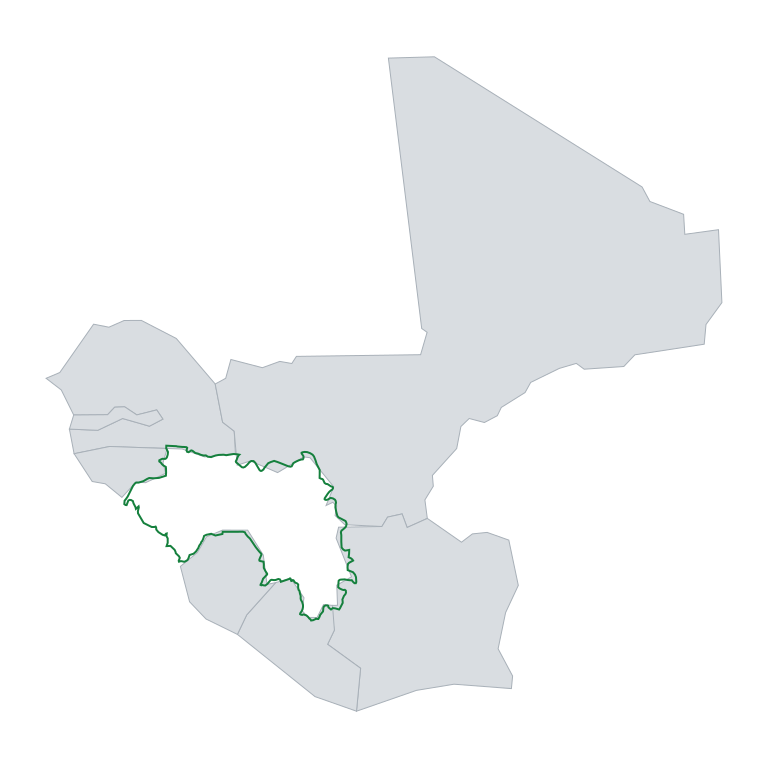 Guinea and the surrounding countries
{"feature_id": "GIN", "entity_name": "Guinea", "entity_type": "country or territory", "adm_level": 0, "iso_a3": "GIN", "parent_name": "Africa", "parent_adm1": "", "projection": "albers", "projection_center": [-10.714, 9.945], "detail": "fine", "context": "with_neighbors", "style": "outline", "palette": "green", "viewbox_px": 768, "rotation_deg": 0, "n_neighbors": 7, "source": "natural_earth", "source_scale": "50m", "svg_char_len": 6675}
<svg xmlns="http://www.w3.org/2000/svg" viewBox="0 0 768 768"><path d="M73.7,415.0L61.3,390.0L46.1,378.3L59.8,372.5L93.6,324.2L108.9,327.2L124.1,320.5L141.3,320.4L176.3,338.5L215.2,384.0L222.6,422.2L234.2,431.2L235.4,453.5L204.6,456.9L182.2,449.0L109.5,446.5L74.1,453.7L69.4,429.1L97.8,430.3L122.6,418.5L149.4,426.2L162.9,419.1L156.7,409.9L136.8,414.9L124.6,406.8L114.7,407.2L107.6,414.7L73.7,415.0Z" fill="#d9dde1" stroke="#a8b0b8" stroke-width="1"/><path d="M237.2,465.2L234.2,431.2L222.6,422.2L215.2,384.0L225.7,378.3L230.9,359.5L262.4,367.7L279.8,361.4L291.8,363.5L296.4,356.4L420.6,354.7L427.1,332.3L421.7,328.5L388.4,58.1L434.4,56.8L642.1,187.0L649.9,201.5L683.6,214.3L684.8,234.3L718.5,229.7L721.9,302.6L706.0,324.5L704.2,344.2L634.9,354.8L623.8,366.5L584.2,369.2L576.3,363.4L559.3,368.4L530.7,382.4L525.1,392.5L501.3,407.4L497.3,415.7L484.4,422.5L469.2,418.5L460.9,426.5L456.7,448.5L432.4,475.4L433.3,486.2L424.9,499.9L427.3,518.4L407.1,527.5L402.1,513.9L387.6,517.1L381.9,526.5L344.8,524.7L335.1,515.5L336.7,506.0L332.8,502.3L326.1,505.5L333.7,486.8L310.0,457.7L303.7,456.9L277.6,472.6L250.3,460.9L237.2,465.2Z" fill="#d9dde1" stroke="#a8b0b8" stroke-width="1"/><path d="M338.6,527.2L381.9,526.5L387.6,517.1L402.1,513.9L407.1,527.5L427.3,518.4L461.5,542.2L472.4,533.9L487.1,532.4L508.8,540.1L518.3,585.4L505.6,612.6L498.1,648.8L512.6,676.0L511.4,688.6L454.0,684.2L416.3,690.4L356.5,711.2L360.6,668.3L327.6,644.3L334.4,630.1L331.1,614.7L332.5,605.4L337.5,605.3L336.8,585.2L351.5,576.8L336.1,538.1L338.6,527.2Z" fill="#d9dde1" stroke="#a8b0b8" stroke-width="1"/><path d="M74.1,453.7L109.5,446.5L167.2,448.5L163.0,462.7L165.6,473.3L145.5,482.7L136.0,482.0L121.9,497.4L105.3,483.8L92.2,481.5L74.1,453.7Z" fill="#d9dde1" stroke="#a8b0b8" stroke-width="1"/><path d="M332.5,605.4L334.4,630.1L327.6,644.3L360.6,668.3L356.5,711.2L315.0,696.6L237.4,634.4L246.7,614.9L275.7,582.6L290.7,578.3L304.0,597.8L302.0,610.6L308.2,617.4L317.1,617.5L323.5,604.6L332.5,605.4Z" fill="#d9dde1" stroke="#a8b0b8" stroke-width="1"/><path d="M180.4,566.4L197.4,552.5L206.5,536.8L222.5,530.1L247.7,530.2L263.3,555.1L267.0,584.4L275.7,582.6L246.7,614.9L237.4,634.4L206.0,619.0L189.6,601.8L180.4,566.4Z" fill="#d9dde1" stroke="#a8b0b8" stroke-width="1"/><path d="M73.7,415.0L107.6,414.7L114.7,407.2L124.6,406.8L136.8,414.9L156.7,409.9L162.9,419.1L149.4,426.2L122.6,418.5L97.8,430.3L69.4,429.1L73.7,415.0Z" fill="#d9dde1" stroke="#a8b0b8" stroke-width="1"/><path d="M274.0,580.1L271.6,579.8L270.5,580.2L267.3,584.0L265.3,585.5L263.9,585.4L262.3,585.0L261.3,585.3L260.5,584.9L260.8,584.0L261.6,582.8L263.1,578.7L267.1,574.5L267.1,573.6L265.5,571.2L263.8,567.9L263.8,564.3L263.5,561.7L260.0,561.0L259.4,560.6L259.3,559.7L260.2,557.4L261.2,555.3L261.4,554.4L261.1,553.6L259.0,551.3L255.7,547.1L252.6,542.5L249.9,538.5L247.8,536.6L245.7,534.0L244.9,532.3L242.8,531.7L236.6,531.8L229.1,531.8L222.7,531.8L222.4,534.0L215.4,535.5L211.2,533.8L206.4,534.8L204.1,535.9L203.4,538.3L202.3,540.9L201.3,542.0L200.9,543.2L200.3,544.2L199.3,545.5L198.3,548.0L196.0,551.5L193.6,553.7L189.6,555.0L188.3,558.7L187.4,560.1L185.8,561.1L184.2,561.8L182.6,561.4L180.9,561.1L179.0,561.7L178.7,560.8L179.8,557.9L179.0,556.3L175.8,553.2L175.5,551.7L174.6,549.8L170.5,545.9L166.6,546.1L167.7,542.8L167.7,538.4L166.4,536.0L166.7,533.5L166.0,533.7L164.7,535.4L162.6,534.8L158.4,532.1L156.3,529.6L156.1,527.4L155.6,526.6L154.3,527.0L151.7,527.0L143.7,523.0L138.0,513.3L137.9,511.2L138.8,507.4L138.6,506.4L135.9,508.9L135.5,507.2L133.5,503.3L132.9,501.1L131.0,500.0L129.5,499.9L128.3,500.6L126.6,505.1L125.5,505.0L124.3,504.1L124.6,500.7L126.0,499.0L127.7,496.5L133.0,485.9L134.9,483.5L136.1,482.6L138.5,482.6L143.3,481.2L147.2,478.9L149.2,478.0L153.7,478.3L159.0,477.9L165.9,475.7L166.1,472.6L166.0,468.5L165.8,466.9L163.4,465.5L162.0,464.2L160.8,462.6L159.3,461.5L159.3,460.3L161.2,459.3L162.4,458.8L165.2,458.9L166.2,458.3L166.9,457.3L167.7,454.7L168.0,452.0L166.2,448.3L166.3,445.7L176.4,446.2L177.4,446.5L181.9,446.9L184.7,447.0L186.5,447.2L187.2,447.8L187.0,448.8L186.5,450.3L187.1,451.8L188.6,452.2L189.5,451.7L190.3,451.0L191.2,450.4L192.5,450.8L195.3,453.0L198.0,453.6L200.8,454.8L203.5,455.5L205.9,455.4L207.8,456.7L211.1,457.1L215.5,455.5L218.9,454.9L223.7,454.7L226.2,455.2L233.6,454.0L237.2,454.3L239.3,454.7L238.4,455.6L237.5,457.4L236.6,459.8L235.8,461.3L236.1,462.3L238.5,464.3L241.9,467.2L243.3,467.5L244.9,466.9L247.4,464.6L249.4,462.2L251.3,461.0L253.6,461.1L255.3,462.8L257.5,466.6L259.5,470.0L259.8,470.3L260.6,470.9L261.6,470.9L262.6,470.1L263.4,469.6L264.3,468.0L268.2,463.2L271.1,461.9L272.1,461.6L274.1,460.9L277.5,462.0L282.4,463.9L288.3,466.3L290.4,466.7L291.7,466.3L293.4,463.1L295.6,461.8L298.8,460.3L301.3,459.5L302.8,459.4L303.3,458.6L303.6,457.2L303.3,455.9L301.6,453.5L301.6,452.7L302.5,452.3L304.6,451.9L307.2,452.1L310.2,453.2L312.6,454.7L314.0,456.5L315.5,460.3L316.7,464.1L319.7,470.0L319.7,473.7L319.6,478.0L321.0,478.7L322.4,479.1L323.1,479.7L324.6,483.0L326.0,483.9L327.6,484.1L330.7,486.2L332.7,487.0L333.0,487.7L332.9,488.5L332.1,489.7L330.9,490.4L329.2,491.9L327.7,493.8L324.7,498.3L324.6,499.2L325.3,499.8L326.5,499.9L327.9,499.5L330.6,497.9L332.9,498.4L335.0,499.7L335.7,501.0L336.0,502.7L335.5,504.9L335.4,507.4L336.2,511.6L337.3,515.8L338.4,517.3L345.5,521.0L346.2,522.4L346.6,523.9L346.1,526.1L345.4,527.3L343.3,529.2L341.5,530.6L340.9,532.2L341.3,535.1L341.3,541.7L341.6,547.5L343.2,549.5L345.0,550.6L347.1,550.3L349.2,549.9L349.1,553.4L348.6,557.2L351.1,558.4L352.4,559.5L353.1,560.6L349.2,562.7L348.0,563.9L347.5,567.1L347.7,570.1L353.0,572.2L355.0,574.6L356.0,577.2L356.3,582.0L355.8,583.2L354.5,583.2L352.9,581.7L351.8,580.2L350.4,580.3L347.7,580.0L344.7,579.4L340.9,579.6L339.6,579.9L338.7,580.7L338.5,582.3L338.2,587.2L339.4,588.3L341.8,589.5L343.4,590.0L344.8,589.8L345.8,590.6L346.0,592.7L345.3,594.3L344.0,595.8L342.4,599.5L342.6,600.9L342.7,602.9L339.9,608.4L339.1,609.5L335.3,608.4L332.8,608.1L331.0,609.5L329.9,608.6L328.5,607.4L328.1,605.7L327.2,605.4L325.5,605.4L324.0,606.3L323.3,608.0L323.2,610.0L323.0,611.5L322.1,612.5L320.2,614.9L319.4,617.1L318.3,619.0L316.7,618.9L316.0,618.6L315.5,619.1L313.1,620.2L311.1,620.5L310.5,619.4L309.3,618.5L308.0,616.8L306.4,615.4L303.5,614.4L302.3,614.9L301.0,614.7L300.1,614.2L300.2,613.3L301.7,611.2L302.6,609.2L303.0,607.0L303.0,605.0L302.2,602.1L300.9,599.8L300.6,598.4L300.7,596.5L300.4,594.8L300.0,593.9L299.7,592.1L299.3,590.5L298.6,589.9L298.1,587.2L298.2,584.5L297.1,583.4L295.3,582.7L294.3,581.6L293.6,580.4L293.0,580.1L292.4,580.1L291.9,580.9L291.3,581.0L290.3,578.5L289.9,578.4L289.1,579.0L280.9,581.8L280.6,580.7L279.9,579.4L278.3,579.0L275.6,580.0L274.0,580.1Z" fill="none" stroke="#15803d" stroke-width="2"/></svg>